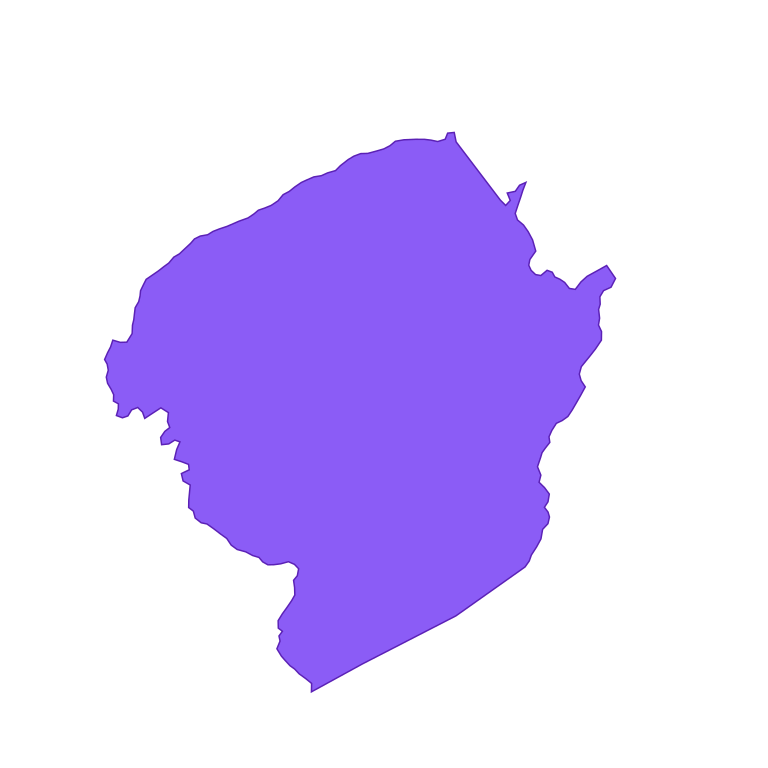 the district of Serra, Espírito Santo, Brazil, rotated 232°
{"feature_id": "56859067B13062321708335", "entity_name": "Serra", "entity_type": "district", "adm_level": 2, "iso_a3": "BRA", "parent_name": "Brazil", "parent_adm1": "Espírito Santo", "projection": "robinson", "projection_center": [-40.286, -20.137], "detail": "fine", "context": "isolated", "style": "filled", "palette": "violet", "viewbox_px": 768, "rotation_deg": 232, "n_neighbors": 0, "source": "geoboundaries", "source_scale": "gbopen_adm2", "svg_char_len": 2835}
<svg xmlns="http://www.w3.org/2000/svg" viewBox="0 0 768 768"><g transform="rotate(232 384 384)"><path d="M340.3,632.4L341.9,622.1L343.8,610.4L343.2,602.1L340.8,593.0L345.2,588.9L352.8,588.9L358.3,587.1L363.2,584.5L368.5,585.4L373.2,582.5L372.9,574.4L376.9,570.8L383.0,569.9L388.5,571.2L392.3,575.6L395.3,585.4L406.1,589.8L415.4,591.4L423.4,591.8L431.1,590.2L437.6,592.4L442.3,599.4L447.0,606.6L451.1,612.6L455.5,619.9L457.2,613.2L455.0,606.1L458.6,598.7L450.9,596.5L449.8,589.8L457.2,588.9L530.4,589.9L539.0,594.2L542.5,588.6L539.2,582.9L542.0,575.6L547.2,571.2L551.9,566.5L557.4,559.5L564.2,550.0L568.3,542.4L568.1,535.4L569.4,528.5L572.2,521.5L575.7,513.2L579.9,507.5L582.1,500.5L582.9,494.0L582.9,484.1L582.0,477.2L585.1,469.5L586.7,462.9L590.4,456.2L592.3,448.9L593.7,442.9L594.2,435.0L594.1,427.8L595.3,421.1L593.6,413.3L594.2,405.0L596.2,398.0L598.3,392.0L598.1,385.9L598.6,379.0L601.6,369.9L604.8,357.5L607.6,349.6L609.5,343.2L610.2,336.9L613.7,330.3L615.0,324.0L613.9,318.2L613.2,310.3L612.5,303.0L613.4,296.5L611.8,288.8L612.0,283.0L612.0,275.8L612.5,267.3L612.9,261.0L610.4,255.7L607.4,249.6L603.6,246.0L599.9,241.4L597.3,234.9L592.9,230.5L588.7,226.4L585.2,222.0L578.8,216.6L575.3,207.1L579.2,201.8L585.5,197.3L581.5,191.3L578.9,185.6L575.3,178.9L570.1,178.1L564.6,175.2L560.4,169.4L554.7,166.6L547.8,165.7L542.0,164.4L537.1,160.3L531.9,162.5L527.8,159.1L523.9,153.7L518.4,157.1L516.5,162.5L519.0,169.2L517.1,175.5L510.5,176.4L504.2,174.3L503.5,183.0L502.6,193.5L494.2,196.5L487.7,190.3L481.6,188.4L481.6,182.1L479.4,175.1L473.1,171.4L469.3,177.5L468.6,184.6L464.0,187.6L460.0,180.3L453.7,172.4L447.3,176.7L441.0,180.5L436.3,177.7L438.2,169.2L431.3,166.0L423.7,169.1L418.1,163.8L412.7,158.7L406.9,154.0L401.2,155.5L394.6,152.7L387.2,154.5L382.7,158.3L375.1,160.6L366.2,162.9L359.1,165.0L351.1,164.4L344.0,166.4L336.9,171.7L329.7,174.9L324.3,178.7L318.5,178.9L313.0,181.2L309.4,186.0L305.9,191.9L302.8,199.3L297.0,202.4L291.0,203.0L286.3,197.7L285.0,191.9L278.6,188.2L272.6,183.8L270.1,177.7L267.7,170.1L265.5,162.5L262.7,154.9L256.7,150.4L251.7,151.7L250.1,146.1L245.4,143.8L241.3,136.6L232.6,135.6L227.3,135.9L219.9,136.5L214.4,138.1L207.8,138.7L199.8,141.0L192.6,142.6L186.1,137.3L176.7,194.7L175.6,200.5L157.0,298.0L153.0,382.5L155.1,389.5L158.5,394.8L161.7,404.0L165.3,412.3L171.8,419.5L173.0,427.2L177.3,432.5L182.0,434.4L188.1,434.5L190.2,440.7L195.5,446.5L203.4,446.7L211.1,445.7L215.6,451.5L224.3,454.0L229.5,461.9L232.6,466.3L234.2,471.8L235.9,478.7L240.8,481.5L244.1,487.7L246.9,495.6L245.5,501.9L245.2,508.9L247.7,516.4L250.7,523.9L254.0,532.0L257.8,540.8L265.3,541.4L271.6,544.0L276.2,550.2L279.3,563.7L281.4,572.2L284.7,582.3L291.4,587.7L298.4,589.3L303.1,594.4L310.6,599.0L313.8,603.5L319.8,607.8L322.4,614.5L320.5,622.5L324.6,631.4L340.3,632.4Z" fill="#8b5cf6" stroke="#5b21b6" stroke-width="1.5"/></g></svg>